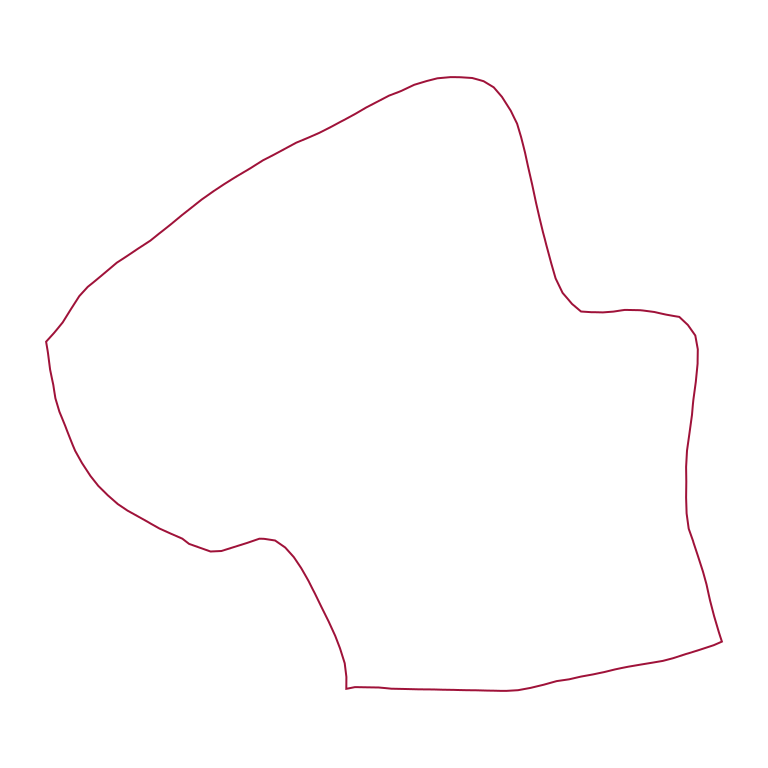 outline of Haridah, Hadramawt, Yemen
{"feature_id": "15242507B86520144801681", "entity_name": "Haridah", "entity_type": "district", "adm_level": 2, "iso_a3": "YEM", "parent_name": "Yemen", "parent_adm1": "Hadramawt", "projection": "equal_earth", "projection_center": [48.179, 15.546], "detail": "fine", "context": "isolated", "style": "outline", "palette": "rose", "viewbox_px": 768, "rotation_deg": 0, "n_neighbors": 0, "source": "geoboundaries", "source_scale": "gbopen_adm2", "svg_char_len": 2772}
<svg xmlns="http://www.w3.org/2000/svg" viewBox="0 0 768 768"><path d="M721.9,641.6L720.2,636.4L718.8,632.0L714.1,616.1L710.1,600.7L708.9,595.4L706.5,584.4L703.3,572.8L702.9,571.4L697.8,555.6L693.4,542.3L693.1,541.1L688.7,528.7L686.6,513.4L686.1,497.6L686.3,481.8L686.1,467.0L687.0,450.7L689.5,433.0L692.0,414.8L692.9,404.3L693.4,399.6L694.2,393.7L695.8,381.9L697.6,363.6L697.6,361.6L697.8,349.3L695.3,335.5L687.9,325.0L681.2,318.7L679.3,316.9L674.4,316.1L666.0,314.6L660.5,313.4L654.4,312.0L643.0,310.5L640.0,310.2L635.2,310.1L624.9,309.9L621.3,310.4L613.5,311.6L602.9,312.4L594.7,312.2L591.5,312.2L582.3,311.6L581.0,311.5L572.0,303.9L567.1,298.1L562.6,292.9L555.6,278.4L551.3,263.5L547.7,250.1L546.5,245.7L545.6,242.2L544.8,239.0L543.0,232.3L539.4,217.4L536.1,203.1L532.2,184.7L527.9,165.9L525.0,152.5L523.2,145.3L521.1,137.1L517.1,123.7L513.9,117.2L510.8,110.8L502.6,97.9L501.9,96.8L493.7,87.3L483.6,81.2L478.4,79.7L472.2,78.0L461.3,77.3L458.9,77.2L450.7,77.1L437.4,78.3L426.8,81.0L414.2,84.8L401.3,90.9L399.1,91.8L389.1,95.6L376.2,102.3L366.2,107.5L355.6,113.7L344.2,119.9L340.7,121.7L331.6,126.6L319.4,132.8L308.7,137.5L296.2,142.7L284.7,148.9L274.1,154.6L263.0,160.3L255.2,165.2L250.8,168.0L237.1,176.1L231.9,179.3L224.1,184.2L213.8,191.0L201.6,199.6L192.4,206.9L182.1,215.0L171.0,224.2L163.2,230.4L160.0,232.9L159.2,233.5L150.4,240.6L137.8,248.8L127.1,256.0L116.8,262.7L106.5,271.4L97.3,279.1L92.2,283.3L87.8,286.8L81.4,293.8L79.3,296.1L70.9,309.2L62.7,322.4L56.5,330.0L53.9,333.1L53.0,334.1L46.1,341.7L47.6,350.6L48.0,353.2L50.1,369.6L52.1,379.3L53.3,384.9L54.1,390.2L55.4,398.3L59.4,411.7L61.8,417.5L65.3,426.1L66.8,430.1L70.1,438.5L72.7,445.0L75.2,450.9L81.9,462.9L90.4,475.9L98.3,485.9L106.2,493.7L108.0,495.5L108.5,495.9L117.7,504.0L127.5,510.6L137.6,516.2L148.5,522.3L150.5,523.5L159.4,528.5L170.7,533.6L182.4,538.7L182.5,538.8L189.1,543.9L210.5,551.5L221.4,551.0L247.2,542.9L259.4,538.7L263.7,538.8L265.3,539.0L275.1,540.5L277.7,542.3L285.2,547.5L293.8,557.1L297.1,562.0L301.2,568.1L306.7,577.7L308.6,581.1L312.3,588.5L314.9,593.5L321.2,606.5L328.6,621.4L334.0,633.2L335.2,635.8L340.0,648.3L344.7,663.2L345.8,672.1L346.4,677.0L346.3,688.8L348.0,688.5L355.0,687.1L366.3,687.3L372.5,687.4L378.8,687.5L386.4,688.2L391.3,688.7L405.3,689.0L417.4,689.3L425.7,689.4L428.3,689.4L435.0,689.5L442.0,689.7L454.4,689.9L457.5,690.0L466.9,690.2L476.6,690.3L480.2,690.4L487.7,690.6L494.1,690.7L502.2,690.9L505.9,690.9L507.7,690.8L518.0,690.2L530.5,687.9L543.8,684.7L556.7,681.1L563.7,680.1L569.2,679.3L580.9,676.6L593.1,674.4L599.2,673.1L604.1,672.1L615.1,669.4L621.7,668.0L628.3,666.7L641.2,664.5L652.2,662.7L656.3,662.0L662.8,660.9L673.1,658.2L686.0,654.0L688.5,653.3L699.7,649.8L713.7,645.2L719.0,642.9L721.9,641.6Z" fill="none" stroke="#9f1239" stroke-width="2"/></svg>